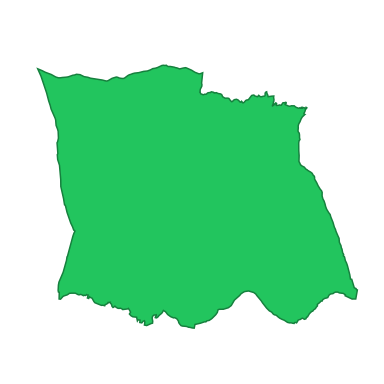 Dobresti, Arges, Romania (Natural Earth projection), rotated 261°
{"feature_id": "2599482B48483395100218", "entity_name": "Dobresti", "entity_type": "district", "adm_level": 2, "iso_a3": "ROU", "parent_name": "Romania", "parent_adm1": "Arges", "projection": "natural_earth1", "projection_center": [25.137, 44.956], "detail": "fine", "context": "isolated", "style": "filled", "palette": "green", "viewbox_px": 384, "rotation_deg": 261, "n_neighbors": 0, "source": "geoboundaries", "source_scale": "gbopen_adm2", "svg_char_len": 5904}
<svg xmlns="http://www.w3.org/2000/svg" viewBox="0 0 384 384"><g transform="rotate(261 192 192)"><path d="M145.6,325.2L148.2,324.9L150.4,323.7L153.9,322.3L156.8,321.7L159.5,321.5L162.5,321.0L164.7,320.2L167.8,319.9L171.3,320.5L173.1,320.1L174.4,319.2L178.5,317.5L181.4,316.7L185.6,315.1L187.6,315.4L188.6,315.2L189.5,314.4L191.7,313.6L193.0,312.4L195.4,309.5L195.7,309.4L196.9,308.0L199.0,306.8L200.5,304.7L201.3,304.1L201.7,303.5L204.7,302.7L205.3,302.4L211.2,303.5L215.9,303.9L223.9,305.1L225.9,305.8L226.8,306.8L228.9,306.7L231.5,307.1L233.4,307.1L234.9,306.3L236.0,306.3L238.7,307.0L240.6,307.2L242.6,308.1L244.4,309.6L247.1,311.2L248.9,312.7L250.9,315.6L251.1,315.1L252.0,314.8L254.0,316.2L255.8,317.0L256.2,317.5L256.5,318.1L257.2,318.6L257.8,317.9L257.3,317.6L256.9,316.6L257.6,316.1L257.9,315.5L257.9,315.1L257.4,314.3L257.5,313.9L258.3,313.8L258.1,313.6L258.4,313.0L258.2,312.7L257.7,312.6L257.8,312.0L258.3,311.4L258.1,311.0L258.1,310.2L259.7,307.6L261.1,306.5L261.4,304.7L261.6,304.0L261.4,301.9L261.7,300.9L263.8,297.6L264.1,297.7L264.8,298.8L265.5,299.0L265.9,298.7L265.9,298.4L265.7,297.2L265.9,296.2L265.8,295.6L263.7,293.7L264.3,292.0L264.1,291.5L264.2,289.9L264.2,289.1L264.5,288.8L265.1,288.8L266.1,289.4L266.5,289.2L266.9,288.5L264.8,286.0L264.5,285.0L265.0,285.0L265.7,285.6L267.1,286.3L268.3,286.5L268.8,287.0L270.4,287.4L272.6,287.4L274.0,287.8L274.2,285.4L274.2,282.1L275.9,282.0L277.8,281.4L279.3,281.4L279.0,280.3L278.5,279.9L277.4,279.5L276.1,279.4L275.6,279.0L275.3,278.3L275.5,277.3L275.2,276.1L275.4,274.5L275.6,274.2L277.1,273.0L277.0,272.8L276.1,272.1L275.9,271.7L275.9,271.4L277.1,269.0L277.9,268.5L278.1,268.2L278.1,267.1L278.0,266.0L274.5,262.3L274.3,261.7L274.3,260.4L274.0,259.4L272.4,257.5L272.0,256.4L272.3,255.9L273.5,255.4L273.9,255.1L273.2,254.4L273.1,253.8L275.6,252.0L276.6,250.5L276.6,248.7L276.3,247.7L275.9,247.0L275.2,246.4L275.0,245.7L275.0,245.2L276.8,244.0L278.6,243.1L279.1,242.1L279.5,239.4L279.7,239.0L281.4,237.1L282.8,236.8L283.7,236.5L284.5,235.3L285.2,233.2L286.3,231.6L286.2,230.5L286.5,230.1L286.3,229.8L286.3,229.4L287.2,228.7L287.9,226.9L287.9,226.5L287.3,225.8L287.5,225.0L287.5,223.3L287.2,222.6L286.4,221.5L286.4,220.9L286.6,219.6L286.3,218.8L286.3,218.1L287.0,217.2L287.3,216.3L289.3,215.4L289.4,215.7L290.7,215.8L292.2,216.3L294.9,218.2L296.4,218.6L298.0,218.5L308.1,221.2L307.5,218.4L307.7,217.2L309.8,213.6L312.4,210.6L315.3,206.1L315.8,205.1L315.8,202.7L315.5,199.0L316.9,196.6L317.4,195.2L318.1,193.9L319.3,190.4L319.7,188.0L320.0,187.5L321.2,186.5L321.2,184.9L321.6,184.0L321.7,182.2L320.3,177.3L320.0,175.1L320.0,172.5L319.2,170.3L318.5,166.9L318.7,163.1L318.2,158.0L318.4,154.0L318.2,151.8L317.8,150.2L317.6,148.4L317.0,146.8L315.0,143.0L314.9,141.6L315.4,139.6L316.0,137.9L316.9,136.6L317.4,135.2L316.8,130.9L315.2,126.8L315.0,126.0L315.0,124.7L316.6,121.0L320.3,109.5L321.6,107.1L322.8,103.5L325.4,99.8L326.3,96.5L326.3,96.0L325.9,94.1L326.0,92.7L325.1,87.8L325.1,85.8L325.4,81.7L325.4,79.9L325.6,78.1L326.9,75.4L330.0,71.5L333.3,65.7L335.2,63.1L337.8,58.9L329.9,61.0L312.6,63.9L304.4,64.7L299.6,65.5L296.0,65.8L286.1,68.4L284.5,68.6L279.0,68.2L275.3,69.0L273.0,69.3L266.1,68.5L262.8,67.2L261.7,66.4L250.8,65.5L250.0,64.8L245.1,64.4L239.2,65.3L224.9,64.3L217.9,63.3L205.5,64.1L199.3,64.1L198.8,64.6L197.9,64.9L191.4,65.4L180.2,67.4L176.2,68.6L172.9,69.2L172.5,69.8L171.7,70.3L169.7,68.9L167.1,67.5L147.9,58.9L147.5,58.4L144.0,57.3L132.9,52.2L123.8,46.5L121.0,45.5L115.8,44.4L114.1,44.4L113.7,45.2L107.1,44.0L106.7,45.4L108.9,48.1L109.3,48.9L110.0,52.9L111.1,55.1L110.9,57.4L110.3,61.0L108.6,63.2L108.2,64.0L108.1,64.9L108.3,66.0L107.6,67.3L106.6,68.5L107.0,69.3L106.5,70.1L106.5,71.0L107.2,71.8L106.5,72.7L106.4,73.3L103.7,72.1L103.0,73.3L104.5,74.4L103.7,75.2L102.7,76.7L99.1,78.0L97.8,78.8L94.2,84.8L94.1,86.3L93.3,88.0L94.2,88.5L95.2,91.5L96.0,91.7L95.9,94.1L95.1,93.9L93.7,94.9L91.6,95.1L90.3,95.9L90.5,96.7L91.3,98.0L89.9,99.1L88.7,100.7L88.4,101.9L88.5,102.9L87.8,104.2L86.7,105.2L86.6,110.2L87.0,110.9L85.4,111.7L82.9,112.5L81.3,111.1L79.4,112.3L78.0,114.0L77.0,117.7L73.2,117.9L74.2,118.8L73.5,120.7L71.3,120.0L70.6,121.9L72.1,123.7L72.3,124.9L71.0,125.1L68.0,124.2L67.2,126.4L68.5,131.2L68.6,132.5L70.5,133.0L73.7,132.9L75.3,133.6L75.8,134.2L76.4,135.1L76.2,137.0L76.4,137.5L76.1,137.6L75.4,137.3L74.1,136.1L73.6,136.1L73.2,137.4L74.2,139.2L75.1,140.0L76.9,143.0L77.6,143.8L79.5,145.2L77.9,147.1L74.8,148.8L72.2,151.4L70.6,154.0L70.5,154.5L70.6,155.3L69.2,157.1L67.0,158.3L65.0,158.5L64.0,158.9L61.8,160.2L61.1,161.5L60.1,165.5L58.9,167.6L58.7,168.6L57.7,170.9L57.2,172.9L60.7,174.2L61.1,180.0L61.8,183.9L61.6,185.5L62.4,186.5L62.5,189.0L62.9,189.7L63.3,190.7L64.0,192.0L67.1,196.3L69.1,198.2L71.5,199.2L71.9,200.4L71.3,204.7L72.0,209.8L73.7,213.0L78.6,217.0L82.4,223.0L83.6,224.2L84.7,226.4L85.4,228.3L85.4,232.3L83.1,237.2L81.3,239.0L79.3,240.0L73.8,243.3L71.5,244.3L65.7,247.5L62.5,249.8L60.9,251.9L58.8,253.1L58.2,253.7L57.7,254.4L57.5,255.2L56.9,256.1L54.9,257.7L53.6,259.0L52.4,260.6L50.8,263.2L48.3,265.9L47.5,267.8L47.3,269.4L46.6,271.0L46.2,272.3L47.0,272.9L47.0,273.7L46.4,274.8L47.8,276.1L48.7,276.6L49.1,277.7L49.2,279.2L49.8,280.3L50.1,281.2L49.6,282.1L48.7,283.0L48.9,284.6L50.4,285.6L50.5,286.5L53.3,288.8L54.3,290.1L55.3,291.6L55.4,292.6L56.5,293.6L57.5,295.7L58.6,296.5L59.9,298.1L61.4,298.2L62.7,300.6L64.1,302.5L63.9,303.4L65.3,304.4L66.2,306.6L66.2,307.8L66.5,309.6L68.6,311.1L69.6,312.8L69.6,315.4L70.3,316.7L70.7,318.0L70.3,320.4L69.3,321.7L68.2,325.5L66.5,327.4L65.6,327.0L61.2,333.4L61.2,334.0L60.7,337.0L69.4,340.0L70.0,339.1L71.0,338.9L72.0,337.3L80.8,336.1L81.2,334.9L85.6,334.9L95.0,334.0L97.8,333.5L100.3,332.7L103.9,332.5L104.7,332.1L105.0,331.6L105.6,331.6L106.6,332.0L108.4,331.3L112.2,331.2L113.4,330.8L116.1,330.7L116.7,330.4L119.3,329.7L123.3,330.0L125.7,329.3L130.9,328.0L132.3,327.9L135.1,327.1L140.0,326.5L145.6,325.2Z" fill="#22c55e" stroke="#15803d" stroke-width="1.5"/></g></svg>